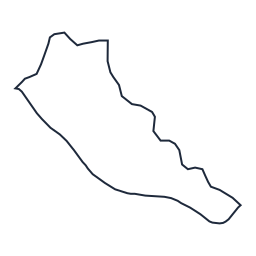 the district of Huichon City, Chagang-do, North Korea
{"feature_id": "82179303B50455397600006", "entity_name": "Huichon City", "entity_type": "district", "adm_level": 2, "iso_a3": "PRK", "parent_name": "North Korea", "parent_adm1": "Chagang-do", "projection": "equal_earth", "projection_center": [126.213, 40.154], "detail": "fine", "context": "isolated", "style": "outline", "palette": "slate", "viewbox_px": 256, "rotation_deg": 0, "n_neighbors": 0, "source": "geoboundaries", "source_scale": "gbopen_adm2", "svg_char_len": 971}
<svg xmlns="http://www.w3.org/2000/svg" viewBox="0 0 256 256"><path d="M15.4,88.4L18.8,89.0L21.8,91.6L36.9,113.3L41.9,119.0L50.5,127.8L59.8,134.4L66.6,140.9L72.3,148.1L73.7,149.8L82.6,162.0L85.7,165.3L87.8,168.5L92.7,174.2L105.1,183.1L115.1,189.3L127.3,193.2L130.8,193.8L134.8,193.8L145.3,195.6L164.4,196.8L171.1,198.1L177.7,200.8L181.1,203.1L190.1,207.6L200.5,214.3L209.4,221.4L212.4,222.6L219.6,223.4L223.1,222.9L225.6,221.6L228.6,219.3L238.1,207.5L240.6,205.2L232.6,197.8L219.6,189.9L210.9,186.7L208.1,181.9L205.2,175.6L202.4,169.2L195.1,167.6L187.9,169.2L182.1,164.5L179.3,150.1L175.0,143.8L169.2,140.6L160.6,140.6L153.4,131.1L154.9,116.8L152.1,112.0L140.6,105.6L131.9,104.1L121.8,96.1L119.0,85.0L113.3,77.0L110.4,72.3L107.6,61.2L107.7,50.0L107.8,40.5L99.1,40.5L91.8,42.1L83.1,43.7L77.3,45.3L70.2,39.0L64.4,32.6L54.3,34.2L49.9,37.4L48.4,43.7L43.9,56.4L41.0,64.4L36.6,73.9L29.3,77.1L24.9,78.7L22.0,81.9L15.4,88.4Z" fill="none" stroke="#1e293b" stroke-width="2"/></svg>